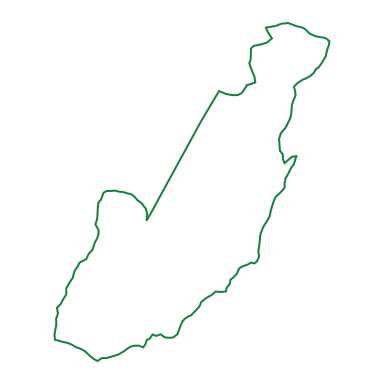 the district of Bento de Abreu, São Paulo, Brazil
{"feature_id": "56859067B44589944496039", "entity_name": "Bento de Abreu", "entity_type": "district", "adm_level": 2, "iso_a3": "BRA", "parent_name": "Brazil", "parent_adm1": "São Paulo", "projection": "robinson", "projection_center": [-50.853, -21.315], "detail": "fine", "context": "isolated", "style": "outline", "palette": "green", "viewbox_px": 384, "rotation_deg": 0, "n_neighbors": 0, "source": "geoboundaries", "source_scale": "gbopen_adm2", "svg_char_len": 2325}
<svg xmlns="http://www.w3.org/2000/svg" viewBox="0 0 384 384"><path d="M329.5,41.2L326.0,38.4L322.5,37.4L318.7,36.9L315.2,36.1L309.6,33.6L305.5,29.4L302.5,27.6L296.0,26.0L291.8,24.4L288.1,23.0L284.8,23.4L281.1,23.8L275.9,25.9L266.0,27.6L267.7,31.9L271.9,38.4L267.0,42.5L262.7,43.9L258.9,44.9L253.9,45.8L250.9,48.6L250.9,54.5L250.6,59.3L249.3,63.5L251.1,68.5L252.8,72.7L254.4,76.4L255.3,82.4L250.6,84.2L246.9,85.1L244.5,89.3L241.6,93.1L238.1,94.9L234.7,95.2L230.8,94.9L225.9,93.9L219.0,91.1L201.1,121.2L150.8,213.3L146.5,220.7L147.2,213.7L145.8,208.7L141.5,203.1L137.5,200.2L134.3,196.5L131.1,194.1L127.8,193.5L123.3,192.1L118.6,191.6L114.8,190.5L110.6,191.1L106.8,190.9L103.5,192.7L101.1,199.5L98.5,202.5L97.8,207.9L97.5,214.1L97.1,219.4L95.4,224.2L98.5,230.0L98.5,234.3L97.3,238.0L94.8,242.6L92.6,249.6L88.7,253.8L86.2,259.2L82.4,261.0L79.4,262.8L77.7,266.4L75.0,270.2L73.6,274.0L72.9,277.6L70.4,281.3L68.5,284.5L66.3,288.2L66.3,294.3L63.2,299.3L60.6,304.1L56.9,307.9L58.0,313.5L56.1,318.9L56.3,324.7L55.3,330.1L54.5,334.3L54.9,339.7L59.5,341.0L63.3,342.0L67.6,342.9L71.7,344.6L75.9,347.1L82.0,349.4L85.7,351.9L90.0,356.0L94.4,359.3L97.5,361.0L102.0,358.0L106.3,358.1L113.1,356.2L118.1,354.6L123.8,351.4L127.6,348.5L130.9,346.5L134.4,345.7L138.9,345.7L143.2,347.3L145.6,343.9L146.7,340.1L150.0,338.3L152.5,334.5L156.4,335.9L160.6,334.3L164.7,337.3L168.5,337.8L173.2,337.5L177.4,334.2L180.4,326.1L182.2,321.7L184.9,318.7L187.9,316.7L191.1,315.3L196.3,309.9L199.4,306.5L201.3,301.9L206.7,297.7L211.5,295.1L215.5,291.6L220.9,292.0L225.9,291.5L226.8,287.4L229.4,284.7L230.6,279.5L233.6,277.3L237.0,273.5L239.1,268.5L242.6,266.4L246.9,264.9L251.1,262.6L254.5,263.4L257.1,261.2L259.1,256.2L258.3,251.4L259.5,244.0L259.9,239.3L260.3,235.0L261.8,230.2L264.3,225.1L266.9,221.3L269.6,216.2L270.7,211.3L272.2,205.7L273.9,200.7L275.7,196.7L279.1,193.7L282.4,190.5L284.7,187.4L284.5,183.5L285.7,178.2L288.7,172.8L290.9,168.3L293.9,164.2L296.3,156.2L292.0,156.7L287.1,160.9L284.7,163.2L283.0,159.5L282.8,154.4L279.9,150.7L279.1,138.8L280.8,133.2L285.5,127.8L289.6,119.6L291.0,115.5L291.6,110.5L291.8,105.0L293.6,100.3L295.6,95.2L295.1,91.0L293.9,86.7L297.5,83.1L302.7,79.7L306.4,78.2L310.7,75.7L313.9,72.7L316.0,69.1L318.7,67.3L321.3,63.6L325.7,56.4L327.2,49.7L328.9,44.9L329.5,41.2Z" fill="none" stroke="#15803d" stroke-width="2"/></svg>